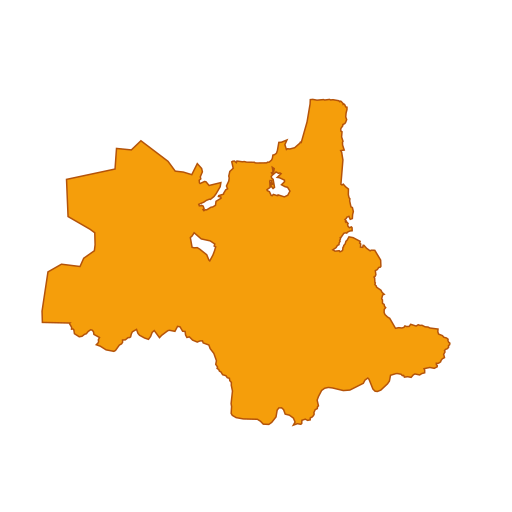 the district of Batken, Batken, Kyrgyzstan, rotated 8°
{"feature_id": "92254566B65149347501284", "entity_name": "Batken", "entity_type": "district", "adm_level": 2, "iso_a3": "KGZ", "parent_name": "Kyrgyzstan", "parent_adm1": "Batken", "projection": "equal_earth", "projection_center": [70.889, 39.851], "detail": "fine", "context": "isolated", "style": "filled", "palette": "amber", "viewbox_px": 512, "rotation_deg": 8, "n_neighbors": 0, "source": "geoboundaries", "source_scale": "gbopen_adm2", "svg_char_len": 6128}
<svg xmlns="http://www.w3.org/2000/svg" viewBox="0 0 512 512"><g transform="rotate(8 256 256)"><path d="M459.9,315.1L458.9,314.7L457.7,312.8L457.8,311.7L456.1,310.7L453.3,310.3L451.7,308.9L447.7,307.9L446.6,305.8L446.4,303.0L438.2,303.1L436.2,302.4L433.3,302.6L430.0,301.5L428.1,301.9L426.2,301.5L424.3,303.1L418.7,302.1L417.5,304.4L415.0,304.9L413.2,304.5L412.4,306.1L410.5,307.0L407.3,307.1L404.2,308.2L397.1,299.1L394.7,298.1L391.8,296.0L390.7,294.0L390.4,291.0L391.6,289.1L390.3,288.0L389.6,286.1L387.9,285.3L387.3,281.8L386.4,280.9L386.8,277.0L388.3,276.1L385.9,274.5L384.5,272.5L379.7,270.1L379.3,269.0L377.7,267.7L377.9,266.0L377.4,265.6L376.6,261.5L375.8,260.4L376.8,259.5L377.3,257.9L376.2,253.9L378.0,252.6L379.1,250.3L380.7,249.7L381.1,248.8L380.0,242.7L372.8,233.8L369.3,234.2L368.3,235.0L364.5,233.0L361.4,230.4L360.6,230.5L360.5,232.6L358.2,232.7L358.0,229.5L356.8,228.8L357.1,227.0L349.6,224.3L345.4,224.1L344.0,227.7L343.0,228.9L342.6,231.6L341.5,233.3L341.4,234.8L340.9,235.3L341.0,238.1L340.2,239.2L338.6,240.1L337.7,239.2L333.6,240.2L331.2,239.2L334.1,236.6L335.1,234.3L336.6,233.2L336.5,231.6L337.2,229.7L336.7,228.9L337.3,227.3L336.9,226.1L337.5,225.9L339.8,221.3L341.4,220.6L342.7,220.7L343.1,219.8L345.4,218.2L347.7,217.6L347.2,214.6L346.4,213.9L344.5,215.0L342.9,213.7L342.3,212.1L342.7,211.0L341.3,209.8L340.5,210.3L339.8,209.6L340.4,208.7L339.0,207.5L340.2,206.1L340.6,204.9L342.5,203.8L344.2,206.6L346.2,205.5L345.9,201.6L346.2,198.4L344.7,194.6L343.2,194.1L341.1,188.5L341.0,186.2L340.0,185.3L338.9,182.4L338.2,176.8L335.1,175.0L332.4,172.7L331.3,173.7L330.1,173.1L328.7,148.8L326.4,141.4L325.2,139.8L328.6,138.8L326.3,134.1L325.8,131.3L326.2,130.3L324.2,126.2L323.9,121.0L322.7,120.5L322.3,118.9L322.3,117.9L323.8,115.0L323.7,113.7L325.4,112.6L326.1,111.4L326.8,108.3L325.5,105.8L325.3,101.8L325.7,98.3L325.4,96.0L324.1,95.9L322.7,93.7L321.8,93.2L321.2,93.7L320.9,92.8L318.7,91.0L317.8,90.9L317.5,91.5L316.2,90.7L310.5,90.5L308.0,91.1L307.0,90.7L302.3,92.0L301.1,91.7L294.7,93.2L290.4,93.0L288.0,93.6L288.4,97.9L287.9,116.1L285.0,137.3L284.1,137.1L283.7,138.2L279.2,143.4L274.6,145.3L272.3,145.4L271.3,146.3L269.1,141.7L270.5,136.8L265.3,139.8L262.8,140.3L262.5,148.7L261.9,151.5L260.2,153.1L258.7,153.7L258.6,157.1L258.0,158.9L256.0,161.2L254.3,161.5L253.6,162.3L243.9,163.8L242.2,163.9L241.4,163.4L233.8,164.4L231.2,164.1L229.5,164.6L223.9,164.6L223.5,166.3L221.5,165.0L219.9,165.3L218.9,166.1L221.2,172.3L218.3,175.9L217.9,180.6L218.6,182.5L218.6,185.6L217.0,190.8L218.5,193.4L216.8,194.7L215.3,198.2L215.2,199.3L210.7,201.4L210.5,202.3L213.0,202.5L213.3,203.7L208.8,207.4L208.8,211.5L206.1,213.6L204.7,213.9L200.7,217.2L199.4,217.3L198.1,218.4L197.0,217.4L198.0,216.4L196.8,214.0L195.1,213.4L194.8,213.9L192.9,214.2L192.1,212.8L196.9,209.9L199.0,207.9L202.0,206.2L203.0,206.3L206.1,203.0L207.8,199.9L210.9,192.4L211.0,188.2L199.7,192.7L196.2,189.5L194.8,189.3L190.6,192.0L189.8,191.4L189.2,188.9L190.6,187.3L189.8,185.4L191.2,180.1L190.0,176.9L185.0,172.7L181.1,184.4L172.4,183.0L164.2,183.2L155.7,174.5L126.0,157.9L117.8,168.3L102.9,168.9L104.3,189.5L57.7,206.5L64.4,243.1L87.9,252.6L93.1,255.4L95.1,267.3L95.2,273.3L85.7,282.2L83.2,290.9L64.5,291.2L52.2,300.7L51.8,340.4L53.7,351.5L80.8,348.3L80.5,348.6L83.3,352.2L83.5,354.1L84.8,353.7L85.9,354.5L87.0,358.2L92.2,360.6L94.9,359.7L97.1,357.4L98.8,356.6L100.3,354.1L102.6,352.0L104.2,352.3L105.6,353.6L106.4,356.2L112.4,358.5L111.5,361.1L112.0,362.1L111.9,363.7L110.2,366.1L114.4,367.0L120.6,369.8L128.5,370.2L130.0,369.1L133.1,363.2L135.1,361.7L135.9,360.0L135.5,357.8L138.3,357.2L140.6,354.7L142.3,354.3L143.1,353.5L143.4,350.5L144.1,348.3L147.9,345.3L149.9,349.1L151.7,350.7L157.0,352.7L161.1,353.5L162.8,350.4L163.8,346.1L165.6,344.0L171.8,350.3L173.6,347.7L179.2,342.1L180.8,341.6L186.2,341.9L188.1,336.6L190.6,336.7L193.8,340.7L196.3,340.6L197.2,343.9L198.9,346.3L201.3,345.4L204.9,348.1L209.8,349.4L212.3,347.9L214.8,347.5L215.8,349.4L221.7,350.7L223.5,354.1L227.8,358.3L231.4,365.2L231.2,368.9L233.4,371.3L233.1,372.7L234.9,373.6L235.8,375.1L237.4,375.7L239.5,378.2L242.8,378.7L244.5,380.5L246.7,380.8L247.4,383.1L249.2,384.6L249.5,387.4L251.5,393.0L251.9,405.7L252.8,408.5L253.3,415.3L254.7,417.1L258.8,418.8L266.1,419.1L280.1,417.5L283.4,419.0L286.6,421.5L292.1,421.0L294.7,418.6L298.2,412.6L298.4,405.7L299.8,403.2L302.5,402.8L304.7,404.3L306.9,408.5L311.3,409.0L315.6,411.3L317.8,415.0L316.5,418.3L320.3,416.3L323.8,416.4L324.6,415.5L324.3,412.3L327.5,410.7L330.0,411.6L332.5,410.7L332.2,409.1L332.5,408.4L333.6,408.1L335.1,406.1L335.6,404.4L335.1,403.2L336.0,399.9L337.9,398.6L337.9,396.7L338.7,395.7L336.6,390.2L337.4,386.5L339.7,380.0L342.4,377.4L345.9,376.1L349.9,376.0L361.2,377.1L367.6,375.7L380.0,367.1L381.2,363.7L383.7,361.3L385.1,362.4L390.3,371.5L392.7,373.3L395.0,373.3L398.3,371.4L404.0,364.3L405.5,361.3L405.8,355.4L410.9,353.0L412.6,352.7L416.1,352.9L417.6,354.1L418.8,353.7L419.8,355.3L423.0,354.4L426.5,354.6L428.4,351.7L429.8,350.7L434.6,351.0L436.6,349.3L439.3,348.2L438.9,345.5L438.1,344.2L443.6,342.2L448.2,342.4L450.8,340.5L450.8,339.4L449.7,338.5L449.5,337.1L451.0,337.1L452.4,336.2L453.6,335.0L453.7,333.8L454.9,331.8L456.8,330.4L455.5,327.2L456.5,324.7L455.8,323.5L456.8,322.0L458.3,321.2L459.4,319.7L459.1,317.9L460.0,317.1L460.2,316.0L459.9,315.1ZM188.4,246.9L189.9,245.1L191.5,241.6L199.4,246.7L208.5,247.4L213.5,249.8L213.2,252.0L214.8,252.5L214.2,256.8L213.2,261.1L210.9,267.3L210.0,266.7L207.0,261.6L199.4,257.1L196.7,255.9L193.6,256.5L191.5,256.3L188.4,246.9ZM257.6,188.8L260.4,186.1L259.2,180.1L259.4,179.3L261.0,179.1L261.1,180.5L260.4,181.8L262.0,181.6L262.5,182.6L260.9,183.1L261.3,184.8L263.5,186.8L264.8,185.4L262.3,177.7L260.8,176.8L260.0,175.1L261.2,173.2L259.8,171.5L260.7,171.0L261.1,169.9L259.8,165.9L261.9,166.9L261.8,169.6L261.0,171.1L261.6,172.9L264.2,170.0L266.8,171.0L268.1,170.4L269.4,171.0L266.1,175.2L268.2,175.2L273.6,176.9L273.9,178.5L271.3,181.9L275.0,183.3L277.7,183.6L280.6,187.0L279.0,191.4L275.8,193.5L269.4,192.4L269.4,193.0L268.7,193.3L264.6,192.6L263.7,194.0L262.6,193.9L260.3,190.4L258.1,189.7L257.6,188.8Z" fill="#f59e0b" stroke="#b45309" stroke-width="1.5"/></g></svg>